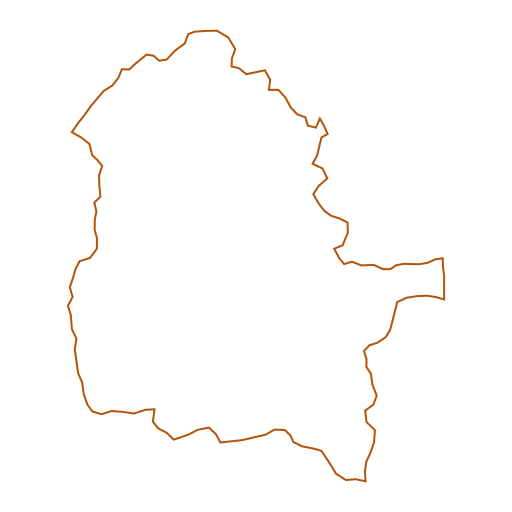 Armazém, Santa Catarina, Brazil
{"feature_id": "56859067B33750848824651", "entity_name": "Armazém", "entity_type": "district", "adm_level": 2, "iso_a3": "BRA", "parent_name": "Brazil", "parent_adm1": "Santa Catarina", "projection": "albers", "projection_center": [-49.004, -28.235], "detail": "fine", "context": "isolated", "style": "outline", "palette": "amber", "viewbox_px": 512, "rotation_deg": 0, "n_neighbors": 0, "source": "geoboundaries", "source_scale": "gbopen_adm2", "svg_char_len": 2019}
<svg xmlns="http://www.w3.org/2000/svg" viewBox="0 0 512 512"><path d="M442.7,258.3L435.4,259.3L427.7,262.8L420.3,264.1L412.7,264.1L404.3,263.8L396.6,265.1L390.3,269.1L383.0,269.1L373.7,264.9L361.4,265.4L351.9,261.7L344.2,264.1L339.3,258.3L334.2,248.7L342.6,245.3L347.9,232.5L347.5,222.5L340.0,218.7L331.3,215.8L324.3,210.9L318.9,203.8L313.3,194.2L318.8,185.8L327.3,178.4L322.5,168.5L312.6,163.8L317.1,155.5L319.6,145.1L321.5,137.4L327.6,134.0L323.9,125.7L319.9,118.6L315.9,127.6L307.9,125.7L305.3,117.3L297.2,114.3L290.9,107.7L285.5,97.7L278.5,89.9L268.9,89.9L270.2,79.8L264.9,70.3L254.8,72.4L246.4,74.2L238.9,68.2L231.6,66.5L231.9,58.3L235.3,49.2L228.3,37.5L216.9,30.7L206.6,30.9L194.6,31.7L188.3,34.1L184.8,43.4L174.8,50.8L166.6,59.6L159.1,60.7L153.5,55.7L146.6,54.6L140.3,59.6L134.5,64.5L129.3,69.5L122.0,69.2L118.3,77.9L112.5,85.4L103.6,91.0L98.2,97.4L91.2,105.6L83.8,116.0L78.1,123.1L71.8,132.2L80.9,137.2L89.4,143.9L92.2,155.2L97.5,160.2L102.2,165.9L99.0,176.0L99.4,186.3L100.4,196.7L94.3,202.5L96.4,211.3L94.8,219.6L94.6,229.6L96.9,237.9L96.9,248.7L89.9,258.0L79.6,261.2L75.6,268.8L73.0,277.9L69.8,287.2L72.6,297.0L67.9,305.8L70.8,315.0L71.9,329.1L76.4,338.5L74.8,349.4L76.4,361.1L78.1,373.2L82.2,382.6L83.7,394.0L87.4,404.6L92.4,411.5L101.7,414.2L111.8,411.0L122.1,411.8L133.9,413.5L145.6,409.8L154.5,409.3L152.9,421.8L158.3,428.4L166.4,432.6L173.7,439.6L181.0,437.2L188.4,434.6L198.0,429.7L209.0,427.6L216.0,434.3L220.4,442.5L242.2,440.1L265.8,434.6L274.5,429.6L284.7,430.0L290.2,435.1L293.4,442.0L301.9,446.3L312.8,448.4L321.4,450.8L328.4,461.3L336.1,473.8L345.9,480.0L355.8,479.2L365.6,481.3L364.9,471.7L366.3,461.7L370.3,453.1L374.1,442.2L374.9,430.1L366.5,422.1L365.2,410.6L373.4,404.6L376.7,395.6L372.4,384.4L370.8,373.5L366.4,366.9L366.5,359.1L364.0,351.0L369.4,345.3L377.4,342.7L385.5,337.4L390.0,330.2L392.1,322.5L394.7,312.1L397.2,302.1L406.4,297.8L416.4,296.2L427.2,295.7L436.1,297.1L444.1,299.5L444.1,288.8L444.1,276.1L443.0,266.6L442.7,258.3Z" fill="none" stroke="#b45309" stroke-width="2"/></svg>